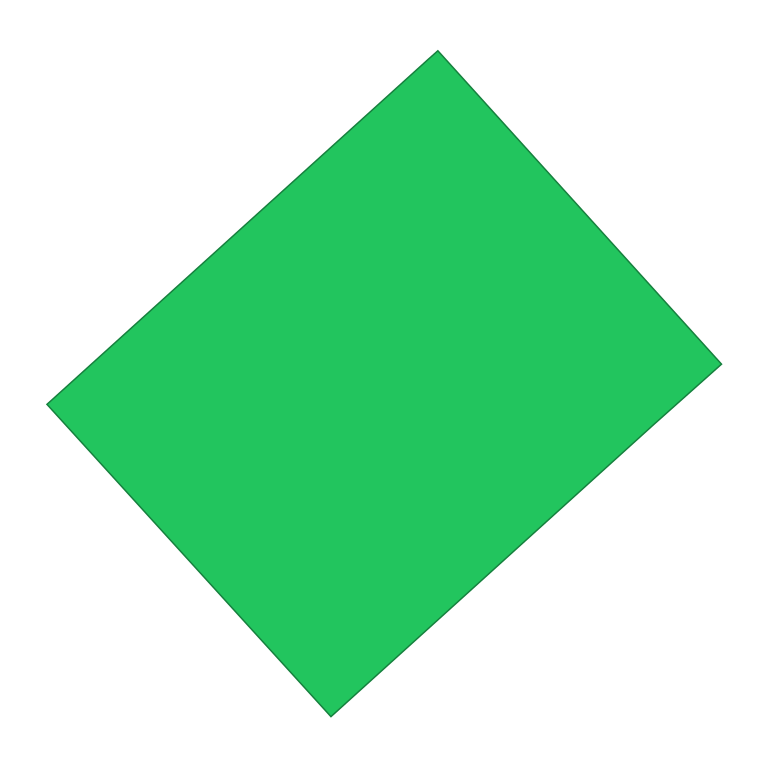 Blaine, Nebraska, United States of America, rotated 138°
{"feature_id": "52423323B26026520700604", "entity_name": "Blaine", "entity_type": "district", "adm_level": 2, "iso_a3": "USA", "parent_name": "United States of America", "parent_adm1": "Nebraska", "projection": "orthographic", "projection_center": [-100.085, 41.913], "detail": "fine", "context": "isolated", "style": "filled", "palette": "green", "viewbox_px": 768, "rotation_deg": 138, "n_neighbors": 0, "source": "geoboundaries", "source_scale": "gbopen_adm2", "svg_char_len": 255}
<svg xmlns="http://www.w3.org/2000/svg" viewBox="0 0 768 768"><g transform="rotate(138 384 384)"><path d="M119.9,172.9L121.0,595.6L133.9,595.7L648.1,594.4L646.0,172.3L210.5,173.4L119.9,172.9Z" fill="#22c55e" stroke="#15803d" stroke-width="1.5"/></g></svg>